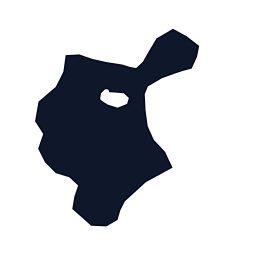 outline of Xocalı, rotated 253°
{"feature_id": "AZE-1739", "entity_name": "Xocalı", "entity_type": "District", "adm_level": 1, "iso_a3": "AZE", "parent_name": "Azerbaijan", "parent_adm1": "", "projection": "albers", "projection_center": [46.729, 39.823], "detail": "fine", "context": "isolated", "style": "filled", "palette": "ink", "viewbox_px": 256, "rotation_deg": 253, "n_neighbors": 0, "source": "natural_earth", "source_scale": "10m", "svg_char_len": 951}
<svg xmlns="http://www.w3.org/2000/svg" viewBox="0 0 256 256"><g transform="rotate(253 128 128)"><path d="M149.7,151.7L140.4,149.3L124.0,146.6L108.8,148.5L101.5,152.2L94.0,155.8L87.6,156.7L85.9,156.9L77.7,158.2L71.7,129.0L59.4,103.1L52.0,96.0L43.8,90.6L41.0,78.6L46.0,64.6L48.6,63.1L57.0,58.0L66.9,51.9L77.9,57.4L87.5,64.4L98.6,58.0L106.5,46.3L119.5,39.4L134.3,36.8L146.9,46.0L161.6,41.9L178.8,50.7L185.6,66.3L187.8,71.4L194.6,77.9L200.3,83.3L215.0,90.1L211.9,102.7L204.7,112.4L203.6,114.1L196.7,126.2L196.1,127.5L189.7,140.7L185.3,147.1L182.1,153.3L186.4,162.1L192.9,168.9L204.6,181.7L208.9,199.8L197.9,210.5L185.6,219.2L176.2,214.1L167.0,205.9L167.3,197.2L167.1,188.0L166.4,174.7L162.6,158.7L155.9,153.2L149.7,151.7ZM156.4,138.5L163.1,134.6L166.6,125.8L168.2,121.3L171.2,121.0L172.6,117.4L169.8,112.0L165.9,109.9L163.6,109.0L161.0,110.5L155.7,115.0L149.7,123.7L150.6,134.6L156.4,138.5Z" fill="#0f172a" stroke="#020617" stroke-width="1.5"/></g></svg>